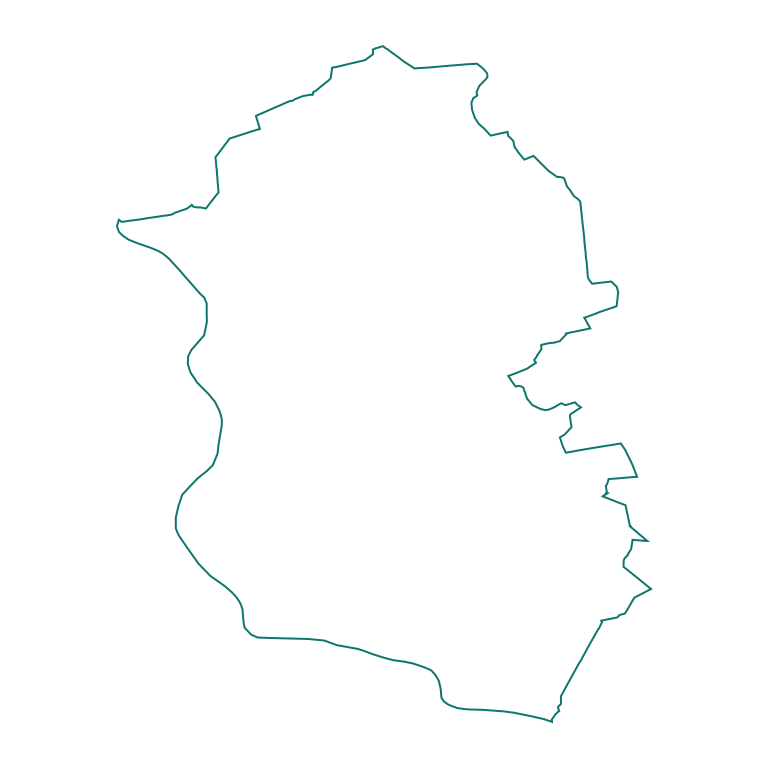 outline of Mežotnes pag., Bauska, Latvia
{"feature_id": "27541924B31734985735044", "entity_name": "Mežotnes pag.", "entity_type": "district", "adm_level": 2, "iso_a3": "LVA", "parent_name": "Latvia", "parent_adm1": "Bauska", "projection": "equal_earth", "projection_center": [24.115, 56.472], "detail": "fine", "context": "isolated", "style": "outline", "palette": "teal", "viewbox_px": 768, "rotation_deg": 0, "n_neighbors": 0, "source": "geoboundaries", "source_scale": "gbopen_adm2", "svg_char_len": 5986}
<svg xmlns="http://www.w3.org/2000/svg" viewBox="0 0 768 768"><path d="M486.2,78.8L487.3,77.2L487.4,75.2L487.2,73.8L486.9,73.0L484.9,70.6L482.2,67.8L477.0,63.7L466.9,64.3L466.2,64.3L464.1,64.5L463.2,64.6L450.6,65.6L429.9,67.4L422.2,67.9L414.5,68.4L403.9,61.6L403.7,61.3L403.3,61.1L399.7,58.3L398.2,57.1L396.6,56.0L393.6,53.8L390.6,51.7L388.1,49.7L387.4,49.1L386.4,48.7L384.9,47.7L382.9,46.1L379.6,47.2L376.6,48.1L375.9,48.2L374.9,48.7L373.2,49.4L372.9,49.5L373.0,54.2L365.1,60.1L353.5,62.9L349.4,63.8L335.8,67.1L332.2,67.6L331.9,69.8L331.6,71.5L331.0,76.5L330.7,78.0L330.4,78.5L330.0,79.0L329.1,80.0L324.0,84.1L321.3,86.3L318.9,88.2L315.8,90.9L313.8,91.7L313.2,92.2L313.3,92.9L312.8,93.9L312.8,94.7L312.4,94.9L311.7,94.9L310.6,94.7L303.4,96.0L300.4,97.0L295.0,99.2L294.8,99.2L293.2,100.5L289.2,101.3L256.0,115.8L256.6,118.4L257.6,121.4L259.9,129.0L258.2,129.4L256.1,130.0L233.8,137.2L230.2,138.4L229.6,138.6L229.2,139.0L228.9,139.5L228.3,140.3L225.2,144.4L219.1,152.5L217.9,154.1L215.8,156.7L215.6,157.1L215.5,157.4L215.5,157.8L215.9,161.5L216.0,162.7L216.3,166.4L216.8,170.1L216.9,171.9L216.9,172.2L216.9,172.5L216.9,172.9L217.1,175.0L217.2,176.0L217.4,178.3L217.5,180.5L217.7,182.7L217.9,184.8L218.1,187.2L218.3,190.1L218.6,192.3L217.7,193.5L217.1,194.1L213.9,198.2L205.9,208.5L200.4,207.4L196.9,207.4L193.1,206.6L192.4,205.9L192.3,205.2L191.8,204.9L191.7,205.2L187.8,208.0L187.1,208.5L186.3,208.9L182.9,210.0L181.3,210.5L176.7,212.3L174.8,212.7L173.5,213.7L172.5,214.2L171.0,214.7L169.3,215.0L168.5,215.1L166.0,215.5L162.0,216.0L152.3,217.5L147.7,218.1L143.9,218.8L139.3,219.5L134.4,220.2L131.9,220.5L129.2,220.8L122.8,221.8L122.5,221.7L121.5,221.8L118.8,219.8L117.0,226.2L117.9,229.1L119.1,232.1L122.9,235.8L128.5,239.6L138.4,243.6L143.5,245.3L150.1,247.6L155.7,249.8L160.0,251.9L162.5,253.4L165.7,255.9L169.1,258.8L173.3,263.4L175.4,265.7L180.1,270.8L184.9,276.5L190.5,282.8L199.5,293.1L204.2,297.6L206.7,303.4L206.7,314.7L206.9,321.8L204.1,335.4L191.4,349.9L188.1,356.4L187.8,363.9L190.4,372.3L197.2,382.6L208.3,393.8L215.0,401.8L218.6,409.1L220.1,412.5L221.8,419.2L221.9,424.6L219.8,437.0L218.3,446.5L217.6,453.4L212.9,465.0L207.1,470.8L197.6,478.4L188.9,487.5L182.2,494.8L180.8,499.1L178.6,505.4L175.8,517.6L175.8,528.4L178.2,534.3L181.8,539.9L186.5,546.7L198.5,563.7L210.3,575.9L224.5,585.9L232.0,592.4L236.4,597.2L239.4,601.7L240.9,604.7L242.5,609.3L243.5,621.8L244.6,627.7L251.1,634.6L257.6,637.5L270.0,638.0L290.3,638.5L308.2,639.0L324.2,640.5L337.0,645.2L358.1,649.0L362.3,650.3L373.3,654.4L383.9,657.7L393.4,660.2L404.4,661.7L412.7,663.4L421.6,666.3L427.8,668.8L431.3,670.4L435.6,675.2L438.9,681.0L440.7,689.1L441.4,697.7L443.8,701.3L447.6,704.2L451.1,705.8L457.2,708.0L463.7,709.0L469.9,709.5L482.3,709.8L494.6,710.7L503.7,711.4L513.8,712.7L531.1,716.2L543.9,719.1L552.0,721.9L551.8,719.5L555.8,713.9L556.6,713.2L558.7,711.3L559.1,711.1L557.9,707.1L561.0,703.9L560.9,697.1L561.0,696.1L571.6,676.7L573.0,674.2L578.9,663.5L580.8,660.7L582.8,656.9L589.3,644.9L594.8,635.2L598.4,628.9L598.9,628.6L602.0,622.1L601.2,620.7L617.4,617.4L619.2,615.4L619.7,615.0L624.8,613.6L626.9,610.5L631.2,603.0L631.9,601.6L634.5,597.6L651.0,589.0L634.9,575.9L623.5,566.8L623.5,566.3L623.7,560.9L623.9,559.9L624.6,558.4L625.1,557.7L625.9,557.0L627.8,555.2L627.8,554.4L631.1,549.1L632.6,539.8L646.5,541.0L647.3,541.0L630.9,527.1L630.1,526.4L630.6,526.2L629.7,524.8L627.7,515.6L625.6,505.5L625.6,505.3L623.4,504.4L616.3,501.8L615.8,501.5L611.3,499.7L610.1,499.3L603.1,496.5L602.7,496.3L607.4,493.3L606.6,493.1L607.2,492.7L606.6,492.4L606.8,492.2L606.3,488.5L605.8,485.8L606.6,485.0L607.8,482.3L607.8,481.9L608.6,479.1L612.9,478.7L616.2,478.5L620.8,478.1L630.2,477.3L637.1,476.8L633.7,468.1L632.1,463.9L624.9,449.4L620.8,443.5L611.7,445.0L605.7,445.9L587.3,448.9L578.2,450.5L576.8,450.7L574.0,451.3L571.9,451.7L567.1,452.5L565.9,452.7L562.8,446.4L559.9,437.4L564.6,434.6L566.0,433.1L571.1,427.6L571.5,426.9L570.6,421.7L569.9,415.8L570.1,414.9L571.2,413.7L574.7,411.5L575.7,410.8L581.0,407.4L578.3,405.5L577.5,404.9L575.0,402.3L567.7,404.5L566.3,404.9L565.5,405.1L565.0,405.0L564.7,404.9L561.8,403.4L561.6,403.3L561.4,403.3L561.2,403.3L558.5,404.7L555.0,406.9L554.9,406.9L551.8,408.4L548.0,409.8L545.5,410.1L545.1,410.1L544.7,410.1L544.3,410.0L543.8,409.8L542.7,409.5L541.5,409.2L540.6,409.0L539.8,408.7L537.4,407.5L534.4,406.1L533.0,405.4L532.2,404.8L531.4,403.9L529.9,402.1L528.5,400.4L527.1,398.7L526.4,396.6L526.0,395.8L525.1,392.6L524.0,389.9L523.4,387.7L521.7,386.6L519.3,386.0L518.0,386.0L516.5,386.4L515.8,386.5L515.4,386.3L511.7,381.2L510.2,378.7L508.3,376.0L515.8,373.2L519.6,371.7L527.8,368.3L529.7,366.8L535.8,363.0L536.0,362.7L534.3,360.4L534.3,359.8L534.8,359.0L536.6,356.8L536.8,356.0L540.9,349.9L541.4,349.2L541.4,348.8L541.2,345.6L541.3,344.9L541.8,344.8L542.5,344.6L548.8,343.2L551.6,342.9L554.1,342.7L557.8,341.6L559.3,341.4L559.8,341.1L566.6,333.9L566.2,333.4L566.6,333.3L589.9,328.5L590.3,328.4L584.3,317.7L584.8,317.6L599.0,312.4L599.1,312.2L603.6,310.7L603.8,310.6L616.6,306.2L618.2,292.4L616.8,286.9L611.4,281.6L610.6,281.6L602.6,282.5L599.0,282.9L594.1,283.6L592.6,283.7L592.0,283.6L588.6,279.1L587.8,276.7L587.4,271.0L587.2,269.0L587.1,267.8L586.9,265.4L586.8,263.7L586.7,261.9L586.3,259.9L586.0,258.4L585.5,251.0L585.3,250.1L585.0,247.1L584.6,243.2L584.3,240.8L584.3,238.9L584.0,235.5L583.2,228.6L583.0,227.0L582.5,222.8L580.3,201.9L578.4,199.4L573.7,195.9L573.0,194.7L572.4,193.9L571.5,192.4L570.0,190.1L567.9,187.5L567.0,186.4L566.8,185.8L565.8,182.9L565.2,181.3L564.5,179.2L563.9,178.4L563.5,177.9L563.2,177.7L562.5,177.5L560.1,177.1L558.1,176.9L557.3,177.1L553.8,174.6L548.7,171.0L545.8,168.2L537.7,160.1L533.5,155.9L530.8,157.0L530.4,157.1L526.4,158.8L525.2,159.2L524.3,159.6L524.2,159.5L518.7,152.9L514.5,146.8L513.3,140.9L510.8,138.4L508.1,135.7L507.5,131.9L490.6,135.6L484.1,128.5L481.4,126.3L478.8,123.9L475.0,118.2L472.2,110.3L471.8,107.3L471.4,102.9L473.2,98.3L477.2,95.5L476.6,92.0L479.3,85.9L486.2,78.8Z" fill="none" stroke="#0f766e" stroke-width="2"/></svg>